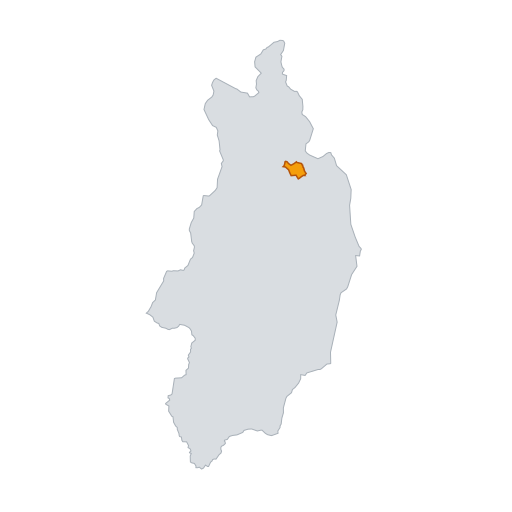 Altanshiree, Dornogovi, Mongolia (highlighted), rotated 275°
{"feature_id": "93677404B41959814318318", "entity_name": "Altanshiree", "entity_type": "district", "adm_level": 2, "iso_a3": "MNG", "parent_name": "Mongolia", "parent_adm1": "Dornogovi", "projection": "mercator", "projection_center": [110.515, 45.523], "detail": "fine", "context": "in_parent", "style": "filled", "palette": "amber", "viewbox_px": 512, "rotation_deg": 275, "n_neighbors": 0, "source": "geoboundaries", "source_scale": "gbopen_adm2", "svg_char_len": 4924}
<svg xmlns="http://www.w3.org/2000/svg" viewBox="0 0 512 512"><g transform="rotate(275 256 256)"><path d="M39.9,214.6L41.6,214.5L44.0,212.7L44.3,210.1L45.1,208.6L51.0,207.9L53.7,208.7L54.1,207.0L54.6,206.8L56.1,208.2L57.4,207.6L58.4,206.9L59.2,205.0L61.3,205.3L64.8,203.1L64.6,199.2L66.0,198.2L69.1,197.5L69.5,195.7L70.2,195.2L72.5,194.7L76.4,192.7L78.3,192.5L79.7,190.7L83.2,188.4L88.6,187.3L89.0,186.1L93.8,182.5L99.0,182.3L100.4,179.1L101.2,178.8L104.9,182.6L106.4,182.1L107.0,180.7L109.2,180.7L110.1,183.3L111.3,184.4L126.8,185.4L127.3,186.4L128.2,192.5L131.1,195.3L131.7,196.7L136.0,196.2L138.4,198.5L142.1,198.4L144.0,199.0L147.6,196.9L148.4,196.9L149.6,198.0L151.3,197.2L154.7,199.2L157.3,198.9L158.5,199.7L160.0,199.0L163.7,199.6L166.8,202.8L168.8,202.6L171.2,200.4L171.9,199.0L175.5,198.3L177.5,196.9L178.8,195.5L180.8,190.8L181.2,185.9L179.4,185.1L177.8,183.5L176.9,180.9L176.8,179.0L175.1,176.2L175.2,174.8L176.2,172.4L176.7,168.4L177.9,166.2L180.4,165.0L180.6,163.4L182.2,160.4L186.1,158.6L188.3,155.2L189.5,151.7L191.4,153.5L196.4,155.9L200.6,157.1L203.4,159.6L210.8,160.2L223.1,166.2L225.6,165.9L232.9,168.3L233.5,169.2L233.5,173.6L234.1,174.8L234.3,179.6L235.7,182.0L235.3,184.8L236.0,185.7L237.8,186.1L240.6,189.0L247.1,191.0L249.0,192.9L253.5,194.2L255.8,193.4L259.5,193.9L260.8,193.6L263.2,191.4L264.7,190.7L273.2,188.9L275.5,187.4L277.1,187.2L283.7,188.6L288.4,190.7L295.0,190.6L298.1,193.0L299.5,195.3L302.1,197.4L311.3,198.2L311.7,198.7L311.6,203.6L311.9,204.4L317.9,209.8L320.7,211.3L329.1,211.0L342.1,214.4L345.2,213.4L347.9,215.1L349.0,215.0L357.5,210.6L358.7,210.9L367.5,209.2L373.1,206.9L377.3,207.1L380.7,205.2L382.1,201.4L387.7,197.0L397.4,191.4L403.4,192.2L406.9,194.2L410.6,198.2L412.7,199.3L416.6,199.7L422.2,196.9L425.1,197.6L427.8,198.8L429.6,200.8L420.9,221.2L420.7,222.4L418.0,226.6L417.5,233.3L414.0,235.7L414.4,239.4L415.2,240.8L419.0,244.6L420.3,244.1L421.4,242.5L423.5,241.2L427.3,241.5L430.7,240.9L434.8,242.2L438.6,245.3L444.3,238.6L449.4,237.7L454.1,238.6L457.7,243.2L462.0,245.3L463.1,247.8L464.8,248.9L465.3,250.1L470.5,255.3L471.5,258.7L473.0,261.1L473.0,263.6L472.6,264.8L470.4,266.1L463.1,265.4L458.8,263.0L457.2,264.4L451.6,263.9L448.4,264.9L446.2,265.8L444.9,267.4L443.9,267.8L443.0,267.7L441.3,266.4L439.8,266.4L439.4,266.8L438.4,270.8L433.6,270.8L432.0,270.3L428.0,272.3L427.4,273.8L425.2,276.0L423.3,280.1L423.6,281.9L423.1,283.0L419.5,285.1L416.1,288.4L409.1,289.7L405.8,289.9L403.4,289.1L401.0,289.7L399.1,293.3L394.5,297.7L387.8,302.0L375.9,299.4L374.5,298.7L372.0,296.0L365.0,295.9L363.0,297.7L361.3,300.5L358.3,309.2L361.0,314.1L364.2,317.3L365.5,319.6L365.5,321.5L363.3,322.4L360.3,325.5L353.0,328.4L344.8,338.9L330.5,345.0L321.7,345.4L314.7,344.8L295.8,347.7L283.6,353.1L274.6,357.8L272.6,360.0L271.7,360.3L270.0,359.5L265.1,359.2L265.1,355.2L254.5,357.5L245.9,352.9L233.5,350.1L231.1,349.1L226.8,343.9L224.6,343.2L219.2,342.9L204.2,340.6L197.2,342.6L166.7,338.6L155.6,339.8L155.2,339.4L154.5,336.0L149.3,330.9L148.5,329.6L148.3,327.6L144.0,316.9L141.3,315.3L141.7,310.9L137.6,311.2L133.1,309.5L128.4,306.3L126.1,303.9L122.9,303.3L118.8,299.0L116.9,298.2L107.1,296.5L102.2,297.0L96.8,295.9L90.8,295.7L88.9,294.8L87.2,294.9L83.6,293.0L81.3,293.4L78.4,287.1L79.0,283.1L80.2,280.7L83.0,277.2L82.9,275.9L81.8,272.6L83.3,266.8L82.8,263.2L81.2,259.2L79.1,258.2L76.1,252.6L75.2,248.3L73.9,245.2L70.8,243.4L69.8,240.8L68.9,240.6L68.2,241.4L66.5,241.8L64.6,240.1L63.5,238.2L62.4,237.7L60.4,237.8L58.6,238.7L56.6,238.3L54.8,236.5L50.2,233.9L50.1,231.9L49.4,230.5L48.0,230.1L46.6,228.7L42.2,227.1L42.1,226.1L43.3,223.9L40.2,222.2L39.0,220.4L40.7,217.9L40.0,216.3L39.9,214.6Z" fill="#d9dde1" stroke="#a8b0b8" stroke-width="1"/><path d="M336.5,291.4L336.7,291.7L336.8,291.8L336.9,292.0L337.0,292.1L337.3,292.5L337.5,292.7L337.6,292.9L337.8,293.0L338.0,293.2L338.1,293.3L338.3,293.5L338.5,293.8L338.7,294.0L338.8,294.1L339.0,294.3L339.1,294.5L339.3,294.7L339.4,294.8L339.5,295.0L339.9,295.4L340.0,295.6L340.1,295.8L340.4,296.2L340.5,296.5L340.5,296.8L340.4,296.9L340.4,297.0L340.4,297.3L340.5,297.4L340.5,297.5L340.6,297.4L341.6,298.1L342.5,298.8L344.8,296.9L345.0,296.9L345.3,296.8L345.4,296.7L345.5,296.7L345.8,296.6L346.0,296.5L346.0,296.4L346.3,296.3L346.5,296.3L346.6,296.2L346.8,296.2L347.0,296.1L347.3,296.0L347.5,296.0L347.6,295.9L347.8,295.9L347.9,295.7L348.0,295.6L348.3,295.4L348.5,295.3L348.5,295.2L348.8,295.1L349.0,295.0L349.3,294.9L349.5,294.9L349.8,294.8L349.9,294.7L350.0,294.6L350.3,294.5L350.5,294.5L350.5,294.4L350.6,294.2L350.8,294.1L351.0,293.9L351.3,293.8L351.4,293.7L351.5,293.7L351.8,293.5L351.8,293.4L352.0,293.3L352.1,293.2L352.3,291.8L352.8,288.3L353.3,288.0L351.3,285.8L349.4,282.9L350.5,281.1L351.1,280.2L352.6,278.7L352.9,277.3L352.4,276.7L350.5,276.6L349.6,276.4L348.3,276.1L347.4,275.3L347.2,277.6L344.7,281.0L342.0,282.3L339.1,284.0L339.9,288.4L340.0,288.8L338.8,289.7L336.5,291.4Z" fill="#f59e0b" stroke="#b45309" stroke-width="1.5"/></g></svg>